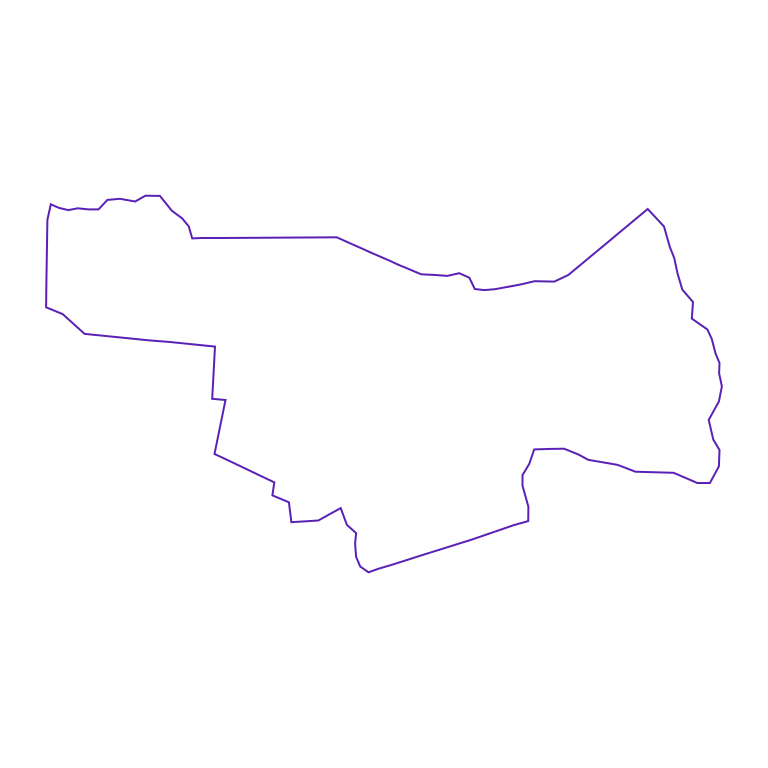 Igrejinha, Rio Grande do Sul, Brazil
{"feature_id": "56859067B34596545395874", "entity_name": "Igrejinha", "entity_type": "district", "adm_level": 2, "iso_a3": "BRA", "parent_name": "Brazil", "parent_adm1": "Rio Grande do Sul", "projection": "robinson", "projection_center": [-50.791, -29.565], "detail": "fine", "context": "isolated", "style": "outline", "palette": "violet", "viewbox_px": 768, "rotation_deg": 0, "n_neighbors": 0, "source": "geoboundaries", "source_scale": "gbopen_adm2", "svg_char_len": 1340}
<svg xmlns="http://www.w3.org/2000/svg" viewBox="0 0 768 768"><path d="M647.7,209.0L617.6,234.0L607.0,242.9L595.0,252.8L568.3,275.0L554.3,281.6L534.6,281.2L520.5,284.5L494.9,289.2L484.4,290.1L474.8,289.0L469.3,277.7L459.3,273.2L447.3,275.9L435.6,275.0L421.2,274.3L398.0,264.6L389.4,260.6L373.4,253.7L336.7,237.3L221.2,238.0L201.4,238.0L192.2,238.4L188.8,226.5L182.3,218.5L171.9,210.8L159.9,195.9L145.4,195.7L135.2,201.5L120.0,198.8L107.4,199.9L98.5,209.4L88.4,209.4L77.8,208.3L68.3,210.1L59.0,207.9L50.8,204.3L47.4,219.8L46.4,281.6L46.1,307.3L62.8,314.2L84.6,333.9L149.4,340.4L168.7,341.9L215.0,346.6L212.2,398.8L225.5,400.0L214.5,454.0L228.9,460.7L261.3,476.2L274.3,482.4L272.4,495.4L288.9,502.3L291.4,522.2L318.3,520.5L329.4,514.3L340.7,508.1L346.9,524.9L356.1,533.1L355.1,543.7L356.1,556.8L360.2,566.5L368.5,572.3L378.3,568.8L391.8,564.8L426.0,553.9L471.4,539.7L513.9,525.1L528.2,521.1L528.4,506.7L522.5,485.7L522.5,475.1L529.3,463.8L534.2,449.4L551.5,448.9L564.1,448.7L578.4,454.5L588.2,459.8L617.7,464.9L635.4,471.7L673.6,472.8L697.3,483.0L709.9,483.0L718.9,466.4L719.5,450.0L713.3,439.6L708.7,419.9L718.9,401.5L721.9,386.4L719.1,373.4L719.5,363.0L715.5,353.4L711.8,339.0L707.4,329.5L691.8,318.6L693.0,302.0L682.3,289.6L677.6,273.7L674.2,257.9L669.8,246.9L664.0,226.5L647.7,209.0Z" fill="none" stroke="#5b21b6" stroke-width="2"/></svg>